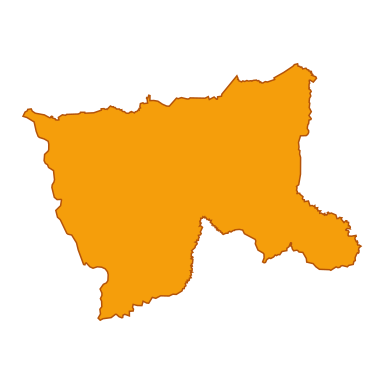 Wang Sombun, Sa Kaeo, Thailand (orthographic projection)
{"feature_id": "78962969B89607017524872", "entity_name": "Wang Sombun", "entity_type": "district", "adm_level": 2, "iso_a3": "THA", "parent_name": "Thailand", "parent_adm1": "Sa Kaeo", "projection": "orthographic", "projection_center": [102.173, 13.36], "detail": "fine", "context": "isolated", "style": "filled", "palette": "amber", "viewbox_px": 384, "rotation_deg": 0, "n_neighbors": 0, "source": "geoboundaries", "source_scale": "gbopen_adm2", "svg_char_len": 5980}
<svg xmlns="http://www.w3.org/2000/svg" viewBox="0 0 384 384"><path d="M100.2,320.2L103.1,318.7L111.2,317.6L115.5,314.3L116.5,314.4L119.0,316.7L121.8,317.8L122.7,317.5L123.0,315.2L124.8,314.3L129.4,315.9L129.4,311.3L133.2,311.0L133.5,309.1L132.5,307.3L133.2,304.4L137.3,305.5L141.9,305.6L143.1,301.2L146.6,303.0L148.7,303.2L152.3,297.4L155.8,298.3L160.6,295.8L169.1,296.0L172.9,294.2L176.3,294.4L182.0,290.9L182.7,288.7L184.2,288.6L184.6,286.6L185.9,285.8L185.3,283.6L186.1,283.0L186.2,282.1L187.3,282.6L187.2,280.2L188.0,280.2L188.0,281.0L188.6,280.8L189.3,280.2L189.4,278.2L191.2,277.7L190.2,275.8L191.4,275.0L190.8,272.5L192.3,272.1L190.5,270.8L192.1,270.3L192.2,268.7L191.3,267.7L191.7,266.7L190.7,265.8L191.1,265.2L192.1,265.7L191.6,263.9L192.5,263.3L192.9,259.3L191.1,258.7L192.9,257.2L192.3,256.7L191.5,257.3L191.2,256.7L191.4,253.3L192.9,252.4L191.6,250.7L195.0,247.6L195.3,246.0L197.2,243.8L196.8,242.7L195.4,242.1L196.7,241.6L196.7,240.2L198.4,240.3L198.5,238.4L199.2,237.5L198.4,235.4L200.5,234.8L201.2,233.5L200.3,232.0L202.5,227.3L200.5,225.7L199.6,226.0L201.1,223.2L200.0,222.9L200.5,222.1L199.8,221.3L200.8,219.8L200.7,218.3L202.4,218.2L202.9,216.7L204.0,217.5L204.7,216.8L205.0,217.8L205.8,217.5L207.0,219.5L207.8,219.3L208.5,220.0L209.2,219.3L209.9,220.6L211.3,220.4L210.4,222.5L212.3,223.7L212.1,225.0L213.0,224.9L213.2,225.8L214.8,225.8L215.1,227.5L216.3,227.3L216.4,228.6L217.3,228.4L216.9,229.8L218.1,229.7L218.0,230.5L218.8,230.9L219.5,230.4L220.6,231.2L220.5,232.0L222.1,232.6L222.0,233.4L223.2,234.4L225.8,233.3L228.0,233.2L228.2,232.3L229.8,231.3L231.0,232.0L233.2,230.5L234.6,230.4L234.9,229.8L239.4,229.4L242.7,230.1L244.4,233.7L255.2,239.4L255.8,240.9L255.3,243.8L258.0,250.1L263.1,253.0L264.0,254.2L264.1,258.0L262.6,261.9L264.1,262.8L265.5,262.4L266.8,259.6L269.1,258.0L270.8,258.5L273.7,256.9L275.2,255.0L276.5,255.6L278.0,254.6L279.8,254.7L282.0,251.5L286.8,250.6L286.9,248.3L289.0,246.7L290.6,242.8L291.4,242.9L291.5,243.9L290.9,246.1L291.8,246.7L292.3,248.9L293.6,250.8L296.6,250.2L297.7,250.5L299.0,252.0L302.8,252.4L306.3,258.5L306.7,262.1L313.1,263.6L315.9,266.8L319.4,269.3L329.6,269.7L330.8,270.3L336.1,266.9L337.9,267.7L339.8,267.3L341.0,266.0L342.5,265.6L347.4,266.8L348.7,265.4L353.2,264.4L353.9,261.4L355.3,260.6L355.1,257.7L356.4,254.6L357.5,252.7L358.5,253.1L358.9,252.4L359.0,250.6L358.5,250.1L359.0,247.8L361.0,246.2L359.1,245.0L357.9,245.1L357.4,244.3L357.8,242.4L357.2,241.1L356.4,241.8L354.9,238.8L355.3,236.8L356.2,236.4L356.0,235.4L351.5,236.2L348.6,236.0L348.1,235.5L348.2,233.0L349.0,232.1L348.7,231.3L348.1,230.6L346.0,230.3L345.8,229.7L347.2,228.4L349.9,228.8L349.6,228.4L350.3,227.8L350.2,226.8L349.5,225.9L348.4,225.8L348.6,222.4L346.8,221.9L346.8,220.8L345.9,220.7L344.0,222.6L341.1,219.0L341.9,217.8L339.6,217.4L338.3,218.5L337.0,218.6L335.9,215.0L331.2,213.0L329.7,213.6L328.3,212.2L327.4,212.6L327.9,213.8L326.7,215.0L325.8,214.3L324.8,215.3L324.2,214.9L324.4,213.6L323.2,214.3L321.1,213.1L319.7,213.3L319.7,212.0L320.6,210.9L317.8,210.8L317.7,209.5L317.1,209.3L317.6,207.7L315.1,208.0L314.8,205.6L313.9,206.4L312.3,205.5L310.0,205.8L308.4,201.0L304.4,201.6L304.3,199.8L302.9,199.5L302.4,198.7L303.0,196.7L299.8,194.1L299.8,193.4L298.3,193.1L296.5,193.9L297.3,193.2L297.3,191.3L296.5,190.5L297.0,187.8L296.5,186.5L298.7,184.7L300.5,174.2L300.6,157.4L299.6,154.1L299.9,150.6L298.6,149.6L299.0,147.1L298.5,142.4L300.5,135.8L306.2,135.6L307.6,134.5L308.6,132.7L308.7,130.8L307.3,128.7L307.4,126.9L307.9,124.5L308.6,123.8L309.0,120.1L310.9,119.5L311.2,118.6L308.9,115.5L311.3,111.7L309.2,107.6L309.8,103.2L309.1,102.3L309.5,98.3L310.8,96.0L309.9,93.2L311.2,91.6L310.6,90.2L308.9,88.8L309.4,87.8L309.0,87.4L309.1,84.0L309.7,83.3L309.2,80.9L309.4,80.2L310.2,80.2L313.3,82.1L316.5,78.3L315.8,76.8L311.8,75.2L312.7,74.4L311.8,73.7L311.4,71.8L310.6,72.6L310.1,71.1L308.7,70.8L308.7,70.0L307.1,69.6L306.0,68.2L302.7,68.9L301.7,67.0L300.3,67.2L299.8,66.4L298.1,66.2L297.6,63.8L294.4,64.6L292.9,66.3L283.8,72.4L274.0,77.9L274.7,79.5L267.4,82.0L265.3,81.6L262.8,83.0L261.2,82.8L260.7,81.8L259.8,82.3L258.8,80.6L257.3,80.8L256.5,80.1L253.2,80.4L251.8,81.1L251.2,80.7L248.3,81.1L246.9,80.5L244.7,81.5L242.8,80.9L241.6,81.9L239.0,80.9L238.6,79.8L237.7,79.5L238.0,78.4L236.9,75.8L221.9,94.1L221.5,96.2L217.6,96.8L217.4,99.1L216.5,99.2L214.1,97.0L209.3,99.5L208.3,96.6L205.1,98.2L190.1,97.9L188.8,98.9L187.3,99.0L181.4,97.6L178.2,98.7L176.5,98.1L169.3,106.2L166.7,106.1L162.4,104.2L157.9,101.2L153.8,100.5L149.9,100.6L150.0,95.6L148.8,95.2L147.8,98.0L147.3,98.3L146.7,97.7L146.5,98.1L147.2,99.5L147.6,103.1L143.8,103.6L143.0,102.8L140.4,103.6L139.9,106.4L140.5,107.9L139.1,108.4L139.1,110.0L138.5,109.7L137.0,111.4L135.4,111.8L134.4,112.9L131.4,111.6L130.9,112.4L130.3,112.0L128.7,113.3L126.3,113.2L124.4,111.6L122.8,111.5L121.6,110.5L121.7,109.7L120.2,110.0L119.4,109.0L116.5,109.0L115.1,107.5L114.1,107.6L113.4,106.7L112.2,106.9L110.4,106.0L107.1,109.4L106.7,109.0L105.0,109.4L104.1,108.6L101.2,108.8L101.3,110.2L93.7,112.8L85.0,113.2L84.8,112.3L80.5,112.3L80.3,113.0L78.3,114.0L66.5,114.4L65.6,115.3L62.4,114.8L58.4,117.4L58.9,119.8L57.4,120.1L55.5,119.8L55.3,118.9L52.7,118.0L52.3,117.5L52.6,116.7L51.8,116.2L50.9,116.6L50.8,117.6L49.5,117.7L44.4,114.9L35.3,113.2L32.3,111.2L31.2,108.9L27.7,109.4L27.4,110.7L25.0,112.1L23.0,116.3L26.9,117.5L34.1,121.9L36.2,131.3L38.1,136.3L39.3,137.4L44.3,139.0L48.2,141.3L48.8,144.3L48.7,149.6L48.2,151.0L44.6,154.4L44.1,160.7L45.4,163.4L47.5,164.7L48.6,167.5L53.5,170.6L54.5,179.7L54.0,181.9L52.2,184.9L51.9,187.5L54.3,197.3L57.1,199.6L61.1,199.4L61.5,199.8L60.6,205.7L55.8,210.4L57.5,217.2L60.3,219.7L66.8,233.3L68.0,234.2L71.7,235.0L76.5,242.8L78.2,249.8L83.6,264.5L84.9,264.8L85.5,263.2L86.3,262.9L89.9,266.8L93.0,268.2L97.3,266.8L101.7,267.2L105.2,268.8L107.5,271.8L108.2,274.7L107.9,280.6L106.4,282.9L103.4,284.3L100.1,289.0L101.9,293.0L101.9,295.5L100.4,298.7L101.6,301.2L101.8,306.7L99.9,309.2L100.5,314.0L98.1,318.1L100.2,320.2Z" fill="#f59e0b" stroke="#b45309" stroke-width="1.5"/></svg>